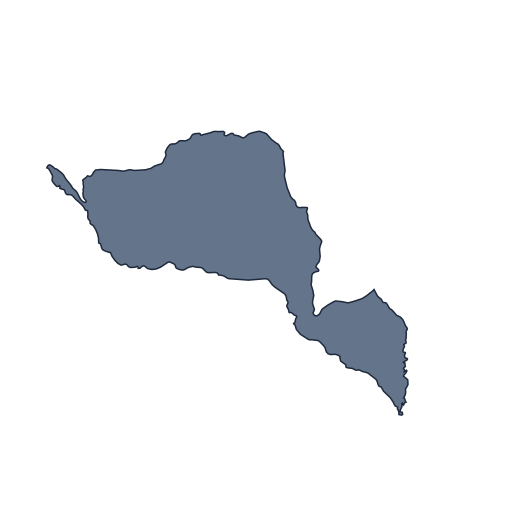 an SVG outline of Barinas, rotated 42°
{"feature_id": "VEN-26", "entity_name": "Barinas", "entity_type": "State", "adm_level": 1, "iso_a3": "VEN", "parent_name": "Venezuela", "parent_adm1": "", "projection": "robinson", "projection_center": [-69.659, 8.155], "detail": "fine", "context": "isolated", "style": "filled", "palette": "slate", "viewbox_px": 512, "rotation_deg": 42, "n_neighbors": 0, "source": "natural_earth", "source_scale": "10m", "svg_char_len": 6094}
<svg xmlns="http://www.w3.org/2000/svg" viewBox="0 0 512 512"><g transform="rotate(42 256 256)"><path d="M419.4,212.8L422.5,216.6L423.4,218.3L425.5,219.9L425.8,220.6L425.2,222.1L425.0,222.9L425.4,223.3L426.6,223.6L427.0,224.0L427.3,225.5L427.8,226.8L428.5,227.9L429.2,228.7L429.9,228.8L431.3,227.9L431.9,228.0L432.2,228.4L432.6,230.3L434.6,231.8L435.4,231.8L436.8,231.0L437.3,231.0L437.8,232.1L437.5,233.4L436.9,234.8L436.6,236.4L437.3,236.4L437.9,235.8L438.2,235.9L438.5,236.2L439.0,236.4L439.0,236.7L439.7,237.4L440.8,238.0L440.9,238.7L440.7,240.7L441.1,241.0L442.7,241.3L443.1,241.7L443.5,242.6L444.1,241.0L444.2,240.3L444.8,240.3L445.3,241.1L445.5,242.1L445.7,246.1L446.1,246.6L451.3,246.4L452.0,246.8L455.0,249.9L456.2,254.7L456.8,255.7L457.9,256.5L459.2,258.2L460.2,260.5L460.5,262.7L461.8,262.4L463.9,263.8L465.3,264.2L464.8,265.3L464.7,266.1L464.9,266.7L465.3,267.4L465.3,268.1L463.1,267.4L463.2,268.2L465.3,270.4L466.4,274.1L467.4,275.3L469.3,274.3L471.0,275.6L470.8,276.7L468.3,278.2L468.1,277.8L465.9,275.9L463.6,275.1L463.2,274.8L462.6,273.8L462.2,273.6L459.8,274.3L457.9,273.7L455.8,272.8L450.8,271.5L441.2,271.1L436.7,269.6L434.5,270.5L432.3,269.6L430.0,268.1L427.6,267.4L417.6,268.1L415.8,268.8L412.2,270.7L409.1,271.5L407.3,273.4L406.1,274.3L402.7,275.1L399.7,277.3L397.6,278.4L396.6,277.8L395.7,276.8L393.6,276.9L391.1,277.3L389.1,277.4L386.3,275.4L385.8,274.5L384.7,274.5L382.6,275.1L380.8,275.9L377.2,279.5L374.9,280.4L372.4,280.1L368.5,277.9L366.3,277.4L360.1,277.0L358.5,277.4L353.4,281.0L352.0,282.4L350.6,283.0L341.3,284.5L335.0,283.5L331.3,281.2L330.8,281.1L329.6,281.3L329.2,281.2L329.1,280.8L329.3,279.4L329.2,278.9L327.9,276.9L327.4,275.7L327.2,274.7L326.7,273.6L325.7,273.6L324.1,274.3L320.4,274.3L319.9,274.5L319.0,275.5L318.4,275.8L316.3,274.3L312.6,272.8L312.0,272.1L311.1,269.4L310.5,268.8L308.5,268.2L305.0,265.6L302.7,265.0L290.9,266.5L287.1,266.5L282.3,265.4L280.0,265.4L277.9,266.9L266.5,279.0L250.9,291.1L249.1,291.8L246.6,292.1L245.3,292.4L241.9,294.3L240.9,295.2L239.5,294.5L238.1,294.7L236.6,295.6L232.3,299.8L230.9,300.8L229.6,301.2L224.7,300.9L223.1,301.2L218.6,304.6L217.3,305.2L215.9,306.1L214.2,308.4L212.8,311.1L212.3,313.3L211.2,315.3L208.9,316.9L206.3,318.0L204.7,318.3L204.0,318.1L202.4,317.1L201.3,316.8L200.3,316.8L195.8,318.2L194.7,319.7L192.6,328.0L190.7,332.1L187.9,335.5L184.3,337.7L182.3,338.0L180.3,338.0L178.8,338.6L178.2,340.4L178.0,342.7L176.8,343.9L176.7,343.6L176.1,343.3L174.8,343.0L174.1,344.6L171.7,347.3L170.1,348.7L168.3,349.2L165.8,348.8L164.5,349.2L161.8,353.1L158.2,353.9L153.7,353.6L149.1,352.5L145.5,350.8L144.0,351.8L139.4,353.6L137.6,353.9L135.7,353.2L133.9,351.9L132.1,351.0L130.4,351.6L127.0,348.1L123.2,345.5L119.1,343.6L114.9,342.3L112.3,342.8L110.8,342.7L109.7,341.3L108.7,341.0L106.4,340.7L104.7,339.4L102.6,336.8L100.4,335.0L98.6,336.1L94.9,334.8L91.4,334.4L83.9,334.5L80.0,334.0L78.3,334.1L76.1,335.2L75.2,336.4L74.6,336.7L73.4,336.9L72.2,336.6L70.3,335.5L69.2,335.2L68.3,335.5L66.1,336.6L64.9,336.9L63.6,335.4L62.8,335.2L62.5,336.5L61.6,337.5L59.6,337.6L55.3,336.9L54.1,336.4L53.1,335.3L51.6,333.0L50.8,332.4L44.8,330.2L42.8,329.9L41.6,330.5L41.0,328.9L41.0,328.2L41.2,327.0L41.4,326.5L42.0,326.2L43.1,325.9L45.6,325.6L47.0,325.7L48.2,325.5L50.0,324.7L56.5,324.3L58.9,324.6L63.1,326.0L70.4,327.1L74.6,328.3L78.7,328.2L79.8,328.4L80.9,328.7L87.1,331.1L89.3,331.5L91.0,331.4L92.0,331.2L93.4,330.3L93.6,329.9L93.6,329.6L93.3,329.1L92.6,328.6L90.0,328.3L88.8,327.9L87.6,327.2L85.3,325.1L84.4,323.4L83.0,322.4L82.0,320.2L79.9,318.6L78.1,316.7L76.9,315.9L76.4,315.3L77.2,311.2L77.2,309.1L79.3,308.1L79.8,307.1L80.0,305.7L79.2,302.3L79.3,299.5L82.5,295.8L96.4,284.6L100.0,282.2L101.3,281.0L103.6,277.4L104.6,276.2L108.5,273.7L116.2,265.9L119.3,261.1L120.4,257.0L122.4,253.4L123.7,251.3L124.1,250.2L124.1,248.7L123.9,247.9L123.0,245.7L122.5,243.2L122.1,242.1L121.2,240.7L120.8,240.4L119.4,239.7L118.8,238.8L117.8,235.3L117.6,234.0L117.5,231.1L117.8,230.2L118.2,229.4L120.7,226.9L121.4,225.7L121.7,224.4L121.8,222.6L122.1,221.8L122.5,221.1L123.6,220.0L126.1,218.1L127.2,216.4L128.1,214.1L128.3,212.8L128.3,211.9L127.7,209.6L127.6,208.2L128.3,206.8L129.0,205.7L131.8,202.8L132.2,202.6L132.6,202.5L133.2,202.9L134.2,203.1L140.0,194.4L140.4,193.3L141.4,191.7L142.5,190.5L144.7,188.8L148.2,185.4L149.9,185.1L150.5,185.9L150.9,186.9L151.3,187.3L152.3,187.3L152.8,187.1L153.7,186.1L155.5,181.5L156.3,180.7L157.2,180.4L158.4,180.7L159.2,180.5L161.7,178.9L163.4,178.1L165.5,177.6L167.2,176.9L167.7,176.3L168.2,175.4L168.8,170.9L169.4,169.2L171.5,165.8L172.5,164.5L173.7,162.6L175.3,160.8L180.5,158.6L182.2,158.2L189.9,159.1L195.3,158.6L197.6,158.1L199.5,158.4L201.2,159.1L203.3,159.7L206.4,159.9L207.4,161.7L220.4,173.0L222.8,176.7L224.1,178.0L233.6,184.5L242.4,188.8L244.8,189.2L247.2,188.9L249.5,189.6L251.7,191.4L253.7,191.9L255.0,191.6L255.9,191.0L258.1,188.7L259.3,187.7L260.2,186.8L260.8,186.3L261.9,185.8L262.5,186.4L263.9,189.3L266.8,190.8L270.4,194.3L277.4,197.9L279.4,198.6L280.9,199.0L284.1,199.0L284.7,199.4L285.8,199.8L292.2,200.3L294.0,200.6L294.8,201.0L295.3,201.5L297.0,205.7L298.1,207.6L298.7,208.5L304.0,213.4L306.3,217.1L306.8,218.7L306.8,221.3L307.6,223.7L308.0,224.1L308.6,224.2L310.8,224.2L311.9,224.5L312.4,224.8L312.5,225.3L312.4,225.8L311.1,227.5L310.6,228.5L310.2,229.6L309.9,230.8L309.9,231.5L310.3,232.6L311.1,233.9L314.9,238.4L315.7,240.0L316.2,240.5L321.2,243.5L325.1,246.5L325.7,247.2L326.7,249.1L328.9,252.5L330.1,253.7L334.7,256.3L335.3,256.9L335.7,257.6L336.3,259.8L337.2,260.5L338.3,260.9L339.5,260.8L340.0,260.7L340.8,260.1L341.5,259.2L342.0,257.2L341.9,255.8L340.8,251.8L340.8,250.9L342.2,244.4L344.4,237.8L345.3,236.1L350.3,232.5L355.7,229.3L358.1,225.8L363.1,217.2L364.4,213.1L365.2,209.4L365.4,207.4L365.9,205.5L366.1,203.4L366.1,201.9L373.1,204.5L374.5,204.5L378.0,204.3L381.0,205.4L381.9,205.2L383.7,203.9L384.6,203.9L385.8,204.1L388.3,205.0L390.6,205.6L392.7,205.2L393.9,205.2L399.4,205.9L400.5,205.9L404.0,204.8L406.6,204.9L408.5,205.3L413.8,207.8L415.8,208.2L416.7,208.6L417.4,209.1L417.9,211.1L418.6,212.4L419.4,212.8Z" fill="#64748b" stroke="#1e293b" stroke-width="1.5"/></g></svg>